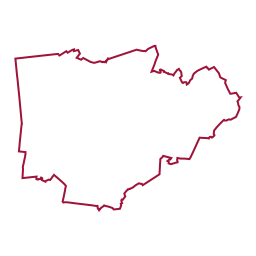 Viļķenes pag., Limbaži, Latvia
{"feature_id": "27541924B29394265870822", "entity_name": "Viļķenes pag.", "entity_type": "district", "adm_level": 2, "iso_a3": "LVA", "parent_name": "Latvia", "parent_adm1": "Limbaži", "projection": "mercator", "projection_center": [24.629, 57.605], "detail": "fine", "context": "isolated", "style": "outline", "palette": "rose", "viewbox_px": 256, "rotation_deg": 0, "n_neighbors": 0, "source": "geoboundaries", "source_scale": "gbopen_adm2", "svg_char_len": 5027}
<svg xmlns="http://www.w3.org/2000/svg" viewBox="0 0 256 256"><path d="M136.6,49.7L112.5,57.7L109.6,58.7L109.1,58.9L108.9,58.7L108.6,58.8L108.4,58.7L108.4,58.8L108.3,59.1L108.2,59.1L107.9,59.2L107.7,59.1L107.6,59.4L107.6,59.5L107.4,59.7L107.2,59.6L107.0,59.8L106.9,60.0L106.7,60.2L106.7,60.5L106.9,60.6L106.8,60.8L106.5,60.9L106.4,61.0L106.1,61.0L106.2,61.4L106.2,61.5L105.9,61.6L105.8,61.9L105.8,62.1L105.6,62.0L105.5,61.9L105.3,61.8L105.2,61.8L105.0,62.1L104.9,62.2L104.7,62.2L104.4,62.2L104.0,62.0L103.8,61.9L103.6,62.0L103.4,61.9L103.2,61.9L102.7,62.1L102.4,62.1L102.2,61.9L101.7,62.0L101.5,61.9L101.3,61.7L101.0,61.5L100.9,61.4L99.3,61.3L99.2,61.5L95.0,62.7L93.7,62.8L90.5,61.9L90.2,61.8L87.9,60.5L83.2,58.0L81.1,59.7L76.7,57.8L79.7,53.9L79.9,53.7L78.8,51.3L78.2,50.0L75.9,50.6L73.9,51.1L74.0,49.4L72.5,49.8L67.6,52.7L66.3,51.2L59.7,55.4L59.4,55.5L59.3,55.3L58.0,53.9L34.1,56.5L15.4,58.6L16.3,67.9L17.2,77.0L17.3,77.2L19.3,96.8L20.6,110.7L21.5,120.5L21.9,123.7L21.7,123.8L21.2,128.3L19.8,142.0L19.4,146.6L18.9,151.4L25.5,152.1L25.5,153.6L25.5,154.1L25.3,154.7L25.2,155.7L25.1,156.8L24.9,157.4L24.7,158.3L24.2,160.5L24.1,161.1L23.7,163.2L23.5,164.0L23.2,165.0L23.0,166.3L22.9,166.6L22.8,167.4L22.9,168.1L23.0,169.1L22.5,178.1L36.5,176.6L36.4,177.0L36.3,177.5L36.3,177.8L36.4,179.1L37.8,179.6L38.1,179.1L40.9,179.0L40.9,178.9L40.7,178.5L41.0,177.6L41.7,177.7L42.2,178.3L42.2,178.5L41.9,180.1L45.3,181.6L45.3,181.4L45.3,181.2L48.8,179.6L50.2,180.0L53.1,176.0L53.7,175.3L54.0,174.9L54.1,175.0L55.3,176.0L62.0,181.8L64.2,183.9L64.7,184.4L65.9,185.9L65.6,187.4L65.5,187.6L65.3,188.3L65.3,188.5L65.1,190.1L64.7,192.0L63.5,197.8L62.8,200.8L62.8,201.0L62.6,201.6L62.8,201.9L63.4,202.5L65.2,202.2L69.1,202.5L71.9,202.9L82.4,204.2L83.6,204.3L90.1,205.1L92.6,205.4L93.5,205.6L94.2,205.7L97.3,206.1L97.5,206.0L97.6,206.3L97.6,206.6L97.6,206.8L97.5,207.0L97.6,207.3L97.7,207.7L97.8,208.2L97.8,208.5L98.0,208.6L98.1,208.8L98.6,208.9L98.8,208.8L99.0,208.9L99.1,209.0L98.8,209.1L98.6,209.2L98.6,209.3L98.7,209.6L99.0,210.1L99.1,209.9L99.4,209.9L99.8,209.5L100.6,208.4L100.8,208.2L101.1,207.9L101.3,207.6L101.9,207.3L102.7,206.7L103.5,206.2L104.1,205.4L105.0,205.7L105.5,206.0L107.7,206.4L108.9,206.8L110.2,207.2L112.5,208.0L113.6,209.4L114.3,209.4L119.9,208.8L121.2,205.4L120.8,203.7L122.1,203.1L121.3,200.7L121.7,199.6L122.7,199.8L125.3,196.4L125.3,196.2L124.9,195.6L124.3,193.5L126.1,191.3L127.7,189.6L127.8,189.8L129.7,188.7L130.0,188.9L133.1,187.3L135.4,185.4L137.1,184.4L139.0,183.3L140.9,183.9L141.8,183.8L142.7,185.2L159.5,174.3L160.0,165.0L160.3,160.5L160.3,160.4L160.3,159.1L163.1,156.4L163.2,155.9L171.3,158.0L170.2,159.5L169.3,159.5L167.5,161.0L168.5,161.5L168.7,161.8L168.8,161.9L168.6,163.3L170.1,164.0L171.0,164.1L172.1,163.8L175.8,162.7L177.6,162.3L177.6,161.7L177.4,161.4L177.4,161.0L177.3,160.6L177.2,160.4L177.1,160.1L177.2,159.6L177.3,158.8L177.4,158.4L177.4,158.0L180.5,158.6L184.6,158.6L189.5,159.1L190.6,157.2L193.3,151.5L199.6,137.7L206.8,138.1L207.6,138.1L208.6,138.4L208.6,138.2L208.9,138.0L209.0,138.0L209.2,137.9L209.3,137.7L209.4,137.4L209.6,137.3L209.7,137.2L210.0,136.9L210.6,136.8L211.0,136.8L211.3,137.0L211.6,137.4L211.7,137.5L211.8,137.5L212.1,137.5L212.3,137.4L214.4,135.5L214.4,134.9L214.3,134.7L213.8,134.0L213.7,133.9L214.1,130.6L216.6,127.4L218.9,124.9L219.5,124.3L221.6,122.1L222.8,120.9L224.0,119.9L224.3,119.9L224.8,120.5L226.2,120.6L226.5,120.5L227.3,120.0L228.3,119.6L228.6,119.4L228.9,119.4L229.8,119.6L230.5,119.6L230.9,119.6L231.2,119.4L235.8,117.0L236.0,116.9L237.3,114.2L238.5,111.3L239.2,109.7L239.3,109.4L239.4,108.1L239.4,107.5L239.5,107.1L239.4,107.0L238.4,105.2L238.1,103.4L238.1,103.1L237.5,101.4L237.5,101.2L238.9,99.8L240.6,97.4L239.3,97.6L238.3,96.1L236.2,92.8L231.2,93.7L230.2,93.7L229.8,92.9L228.9,91.0L227.8,89.0L227.3,87.8L226.3,85.6L225.1,82.8L225.8,80.1L220.3,77.4L218.9,73.2L214.0,67.0L208.9,69.6L207.5,67.9L207.3,68.0L206.3,66.7L204.0,67.7L203.0,68.1L201.4,68.9L198.5,70.3L196.9,71.2L193.8,73.7L192.6,76.3L192.2,78.4L192.1,78.6L190.2,80.2L189.3,82.1L188.5,83.4L188.4,83.5L186.8,84.5L186.5,82.5L186.4,82.4L186.2,82.2L184.8,82.2L184.1,82.3L183.1,82.9L182.9,82.5L182.2,82.5L182.0,82.3L181.3,80.9L181.2,80.5L180.5,79.1L179.9,77.8L180.6,77.1L181.8,76.0L181.5,74.7L181.4,73.7L181.3,72.6L181.2,72.3L180.5,71.0L180.4,70.8L179.7,70.5L178.9,68.9L177.4,69.8L177.2,69.9L176.6,70.6L176.4,71.0L174.3,73.6L173.4,75.4L172.5,74.7L171.3,74.4L169.9,74.2L168.9,74.1L168.7,74.0L168.4,73.6L168.2,73.3L167.7,73.6L167.4,73.3L166.3,72.8L165.0,72.2L164.8,72.0L164.4,71.8L164.3,71.6L163.9,71.7L163.9,71.0L160.6,69.5L160.1,69.6L159.9,69.8L159.8,70.0L160.0,70.4L160.5,70.8L160.6,71.0L160.6,71.3L160.6,71.5L160.5,71.8L160.6,72.4L160.6,72.5L160.4,72.7L160.2,72.8L159.8,72.8L159.2,72.6L158.6,72.7L158.4,72.6L158.2,72.5L158.1,72.4L157.9,72.5L154.3,70.9L153.2,71.2L151.6,71.7L154.3,64.9L155.6,61.0L157.4,56.6L158.2,54.7L155.3,46.5L155.2,46.4L155.5,46.0L155.4,45.9L154.3,45.9L148.1,48.9L145.7,51.2L145.4,51.2L144.5,50.9L143.3,51.1L140.1,50.5L136.6,49.7Z" fill="none" stroke="#9f1239" stroke-width="2"/></svg>